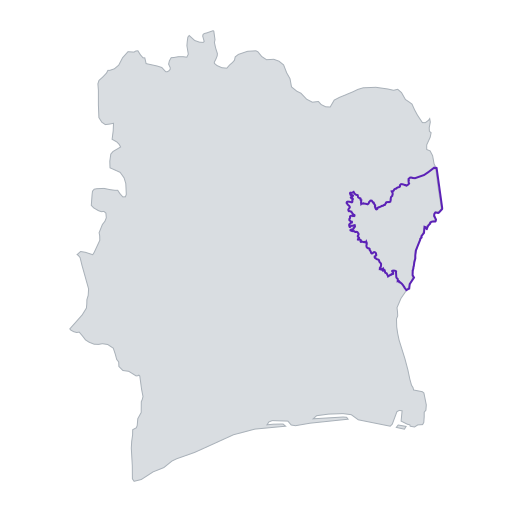 location of Gontougo, Zanzan, Ivory Coast
{"feature_id": "98640826B5040161076408", "entity_name": "Gontougo", "entity_type": "district", "adm_level": 2, "iso_a3": "CIV", "parent_name": "Ivory Coast", "parent_adm1": "Zanzan", "projection": "natural_earth1", "projection_center": [-3.58, 7.921], "detail": "fine", "context": "in_parent", "style": "outline", "palette": "violet", "viewbox_px": 512, "rotation_deg": 0, "n_neighbors": 0, "source": "geoboundaries", "source_scale": "gbopen_adm2", "svg_char_len": 9471}
<svg xmlns="http://www.w3.org/2000/svg" viewBox="0 0 512 512"><path d="M107.9,70.4L109.7,70.4L114.4,68.8L118.7,65.2L122.6,57.7L128.0,51.7L134.0,52.1L135.8,51.0L137.9,50.8L140.4,54.8L143.0,57.8L144.8,57.9L146.1,63.6L157.1,66.0L161.8,67.5L165.7,71.7L167.1,71.8L168.8,70.9L170.1,69.5L170.3,67.9L168.6,64.1L169.4,60.8L171.2,57.7L174.0,57.5L178.3,56.7L183.2,56.7L186.8,57.2L188.3,54.2L186.9,45.7L187.3,41.1L187.9,37.1L189.2,35.5L194.7,40.5L199.6,42.2L203.2,42.4L204.2,41.5L202.7,36.1L203.1,34.4L204.4,33.5L206.8,32.9L213.1,30.7L213.8,31.2L215.0,39.7L214.4,42.5L215.7,48.3L217.4,53.6L217.2,55.8L215.9,59.1L214.3,62.2L214.4,63.4L216.9,65.5L221.8,67.7L226.8,68.2L229.6,65.0L232.5,62.5L234.5,60.2L235.2,56.9L238.4,54.4L247.5,51.3L255.9,50.8L257.9,51.8L261.7,56.5L266.5,59.7L273.8,59.3L279.0,61.2L283.6,64.9L286.7,72.9L290.0,78.7L291.5,86.9L296.8,91.2L300.9,93.2L306.6,99.2L312.4,102.2L318.4,101.5L321.2,104.6L325.7,106.8L330.2,107.0L334.2,100.1L339.4,97.4L352.7,91.9L357.9,89.4L363.2,87.8L375.9,87.3L387.8,89.0L393.6,90.3L397.7,89.3L401.5,92.6L405.4,99.5L408.7,101.7L412.0,104.1L414.4,109.5L417.3,114.9L418.8,117.2L422.4,122.6L425.4,122.6L428.5,120.3L429.7,118.6L430.3,122.1L429.2,127.8L429.4,131.3L431.1,132.7L430.2,137.2L426.7,144.9L426.7,149.5L430.1,150.9L432.6,155.7L434.1,164.0L435.6,166.8L435.7,168.5L438.3,188.5L441.4,208.6L439.4,211.3L436.7,212.0L434.9,213.0L434.4,214.8L435.6,217.6L434.8,220.1L431.5,221.8L424.1,228.2L423.6,230.7L421.6,236.2L420.0,239.5L417.6,245.7L413.8,262.0L412.4,275.4L412.2,279.6L410.7,282.5L409.0,286.7L401.0,298.3L397.0,307.7L397.5,311.8L397.7,315.9L396.5,318.9L396.7,326.9L397.7,333.6L399.1,340.2L404.9,358.7L407.9,370.0L409.8,379.1L411.5,385.2L413.0,387.6L413.6,390.0L422.3,391.7L423.9,393.0L426.3,404.9L425.9,410.2L424.2,412.2L424.2,416.8L423.8,422.4L422.6,424.6L417.8,424.9L414.5,427.0L410.2,426.2L409.8,424.8L407.5,424.3L401.1,421.1L402.1,410.8L399.2,410.4L396.9,411.7L392.3,424.1L390.2,426.2L358.3,419.8L351.3,414.7L343.0,413.6L328.6,414.1L316.6,415.7L313.2,418.8L343.3,417.0L346.6,417.3L348.1,419.2L310.0,423.2L295.5,425.7L291.2,425.0L287.9,421.1L272.2,420.6L268.9,421.9L267.0,424.8L273.2,424.2L283.0,424.0L285.6,426.2L254.9,429.1L233.6,434.7L224.6,438.8L194.9,452.3L176.8,458.7L172.0,461.0L163.8,467.6L153.2,471.8L141.3,479.5L134.1,481.3L132.4,478.8L132.3,465.7L131.3,448.1L131.7,441.3L132.6,435.0L132.7,429.7L136.3,427.8L137.2,425.6L137.8,418.7L141.2,412.5L141.3,401.7L142.3,399.4L143.0,396.5L141.6,389.4L139.8,376.0L138.8,375.1L138.0,375.7L136.1,375.9L128.7,371.3L122.9,370.5L118.9,366.5L118.7,362.0L116.7,359.4L115.3,354.2L113.3,348.2L107.7,344.5L102.4,343.7L98.6,344.4L94.1,344.2L89.1,342.2L85.5,339.9L82.2,335.6L79.2,332.1L76.7,332.5L73.7,331.7L70.8,330.1L69.8,328.9L82.2,314.9L86.4,308.1L86.8,304.0L86.9,299.7L88.2,295.4L88.6,288.9L81.9,265.0L80.1,257.6L78.3,255.4L77.1,254.6L80.6,251.5L85.4,252.3L92.7,254.7L94.2,252.4L99.8,240.3L99.7,235.8L99.1,232.7L102.4,224.5L104.9,221.3L106.3,217.8L105.9,213.1L103.9,211.4L101.4,211.7L98.3,210.6L93.7,207.9L91.3,205.4L92.1,194.5L92.5,191.2L94.2,189.2L96.8,188.7L104.0,188.4L109.8,189.6L114.9,190.3L117.7,190.3L119.9,193.6L122.8,196.9L125.4,196.8L126.3,194.4L125.8,183.6L124.1,177.9L120.2,172.4L110.0,167.8L109.8,161.2L110.8,154.1L113.0,151.5L120.6,147.0L119.3,144.5L116.9,142.0L112.1,139.3L113.2,130.8L113.5,123.3L109.4,124.1L105.3,124.6L101.8,122.2L98.9,117.6L98.4,104.9L98.4,90.3L97.9,83.8L99.0,80.4L102.6,77.2L106.5,73.1L107.9,70.4ZM406.1,426.4L404.4,429.2L396.3,427.4L398.2,425.0L406.1,426.4Z" fill="#d9dde1" stroke="#a8b0b8" stroke-width="1"/><path d="M353.6,191.9L352.1,192.8L351.6,192.9L350.8,192.7L350.3,192.7L350.2,192.8L350.0,193.2L350.4,194.5L350.6,195.0L350.8,195.1L351.6,195.0L352.8,195.3L353.0,195.6L352.6,196.4L352.3,196.8L351.9,196.9L351.2,197.0L350.8,197.4L350.9,197.7L351.3,198.0L351.5,198.4L352.8,198.8L352.9,199.0L352.8,199.4L352.3,200.3L352.4,201.5L352.2,202.1L351.9,202.3L351.5,202.3L349.6,201.8L347.9,201.6L347.0,201.9L346.7,202.4L346.6,202.8L346.6,203.0L347.0,203.4L347.7,204.6L349.3,206.0L349.8,207.0L349.8,207.3L349.5,207.9L348.9,208.6L348.4,209.4L348.3,209.9L348.5,210.7L348.9,211.2L349.8,211.1L351.1,211.7L351.4,211.7L351.5,212.2L352.0,212.7L352.2,212.9L352.6,213.7L353.2,214.2L353.4,214.7L354.3,214.9L354.5,215.1L354.5,215.8L354.2,216.1L353.6,216.0L352.9,216.1L352.7,215.9L352.3,215.8L351.7,215.7L350.7,215.9L350.2,216.2L350.0,216.6L350.1,217.7L349.9,218.3L349.4,218.9L349.3,220.0L349.5,220.3L349.9,220.5L350.8,221.6L351.7,221.7L351.9,221.7L352.0,221.9L352.0,222.2L351.8,222.6L350.8,222.7L350.0,223.8L349.6,224.0L349.4,224.2L349.1,225.0L349.5,226.7L349.7,227.0L350.0,227.0L351.2,225.8L351.6,225.7L352.3,225.8L353.2,225.6L354.4,225.1L354.8,225.2L354.8,225.3L354.8,225.7L355.0,226.3L354.8,226.9L353.6,228.0L353.7,228.5L353.1,229.1L352.4,229.4L351.9,229.4L351.4,229.6L350.8,229.7L350.5,229.9L350.4,230.1L350.5,230.4L352.2,231.1L354.0,231.1L354.4,231.5L355.3,232.0L355.7,232.0L356.0,231.8L356.4,231.8L357.4,232.1L357.8,232.6L358.0,233.1L358.5,233.6L358.6,234.5L358.4,235.0L357.9,235.5L357.8,236.5L358.0,236.8L358.9,237.5L359.0,237.7L358.7,238.3L357.9,239.2L357.9,239.6L358.2,239.7L358.4,239.7L359.1,239.4L359.6,239.4L360.7,240.0L360.9,240.3L360.7,240.7L360.5,240.9L360.5,241.2L360.8,241.9L361.5,241.9L362.1,241.7L362.5,241.7L363.5,242.1L364.6,241.9L364.8,242.0L365.1,242.4L365.6,242.4L365.9,242.3L366.2,241.7L366.3,242.0L366.5,242.2L366.8,243.2L366.6,243.8L366.7,244.5L366.4,245.2L366.5,246.4L366.6,247.0L367.0,247.6L367.7,248.0L368.1,248.3L368.8,248.3L369.1,248.4L369.6,248.8L369.7,249.2L369.6,249.9L370.7,251.4L370.9,252.1L371.0,252.7L371.3,253.1L371.8,253.5L372.3,253.4L372.7,253.2L373.3,252.5L373.8,252.2L374.1,252.1L374.7,252.1L375.7,252.9L376.0,253.4L376.0,254.1L376.3,255.0L375.7,255.8L375.1,256.3L374.7,256.4L374.6,257.0L374.7,257.4L375.1,258.0L375.3,258.0L375.7,258.2L376.2,258.8L376.5,259.0L377.4,259.4L378.3,259.6L378.7,259.8L379.1,260.5L379.2,261.2L379.4,261.7L379.7,262.2L380.3,262.7L381.0,263.7L381.1,264.8L380.9,266.4L380.8,266.8L380.4,267.1L379.8,268.1L380.0,268.7L379.9,269.1L380.2,269.1L380.8,269.0L381.0,269.2L381.1,269.5L381.4,269.5L382.0,269.8L382.1,269.7L381.9,269.5L381.9,269.1L382.1,268.9L382.2,269.0L382.3,269.4L382.5,269.8L382.7,269.3L382.9,269.1L382.9,269.9L383.1,269.9L383.4,269.8L383.4,269.6L383.2,269.2L383.3,269.1L383.6,269.3L383.7,269.5L383.6,269.9L383.7,270.2L383.9,270.3L384.2,269.9L384.6,270.2L384.4,270.8L384.6,270.8L384.9,271.1L385.0,271.5L385.1,272.5L385.5,272.8L385.8,272.9L386.0,273.1L386.7,273.4L387.6,275.3L388.0,276.0L388.1,276.4L389.6,275.4L390.1,275.2L390.3,274.8L390.8,274.6L391.4,274.7L391.8,274.1L392.0,274.2L392.8,274.0L393.1,273.9L393.1,273.7L393.2,273.4L393.2,272.9L393.1,272.5L392.9,272.1L392.2,271.4L392.1,271.0L392.2,270.9L393.0,270.6L393.9,270.6L394.7,270.7L395.7,271.0L396.1,271.4L396.0,272.1L396.0,272.3L396.3,277.1L396.5,277.7L396.9,278.2L397.5,278.8L397.8,279.1L397.8,279.6L397.7,281.1L398.2,280.9L398.9,281.0L399.1,281.4L398.9,281.7L399.4,282.3L400.0,282.2L401.8,283.7L403.1,285.3L403.7,286.3L404.2,286.8L404.3,287.4L406.4,290.1L408.1,289.1L409.2,288.6L409.7,284.1L414.0,277.6L412.6,275.2L412.7,270.4L412.9,270.2L413.4,268.2L413.5,266.9L413.8,266.1L414.3,262.3L415.3,258.5L415.3,255.1L415.8,250.6L420.2,239.7L420.3,238.7L421.6,237.5L421.4,236.2L424.0,232.9L424.5,226.8L425.6,227.2L426.5,228.9L426.7,229.1L426.8,229.1L427.3,227.7L427.8,226.4L428.4,225.5L429.2,224.6L429.4,224.3L429.6,224.2L430.2,223.6L430.1,223.2L430.2,222.7L430.5,222.3L432.1,221.6L435.3,221.5L435.6,221.2L436.0,219.7L435.9,219.3L434.3,216.4L434.1,216.0L434.3,214.0L435.1,212.8L435.4,212.4L437.6,212.9L438.2,213.0L438.9,212.6L442.1,209.1L442.2,208.5L442.1,207.4L436.6,168.0L436.2,167.8L434.8,168.2L434.1,168.0L434.0,167.8L428.5,172.0L424.1,175.0L415.0,178.2L414.6,178.1L413.9,178.1L412.7,178.0L411.8,177.6L411.3,177.7L410.9,177.5L410.1,177.6L409.1,178.6L408.7,178.7L408.6,178.8L408.5,180.0L408.8,180.4L408.5,181.0L408.7,182.4L408.8,182.9L409.1,183.5L408.4,184.4L406.6,185.6L406.3,185.7L406.1,185.5L405.9,185.2L405.6,185.0L404.8,185.1L403.9,184.6L403.2,184.5L402.8,184.3L401.1,184.1L400.1,185.0L399.9,185.3L400.0,186.3L399.6,186.9L399.2,187.1L398.1,187.3L396.8,187.9L396.4,188.5L396.1,188.7L395.5,188.7L394.7,189.1L394.2,189.5L394.1,189.8L393.9,190.1L393.5,190.8L392.7,191.3L392.2,191.2L391.7,191.3L392.0,192.0L392.5,192.5L392.6,192.9L392.6,193.6L392.7,194.1L392.4,195.0L392.3,195.8L391.2,196.9L391.0,197.2L390.6,199.3L390.8,199.7L390.7,200.1L390.3,201.7L389.2,202.1L388.6,202.1L388.3,202.0L386.5,202.2L386.2,202.4L386.1,202.8L385.9,202.8L385.8,203.0L385.6,203.6L385.4,203.8L385.0,204.7L384.8,205.0L384.5,205.0L384.1,204.9L383.9,205.0L383.2,205.7L382.7,205.7L382.4,205.9L382.0,205.8L381.7,205.9L381.4,206.2L379.6,207.1L379.0,207.1L378.7,207.4L378.4,207.5L377.8,207.7L377.3,208.0L377.4,208.5L377.3,208.9L376.6,209.4L376.2,209.3L376.0,209.2L375.2,207.6L375.1,207.3L375.2,206.8L374.9,206.3L375.2,205.3L374.9,204.9L374.6,204.6L374.4,204.1L374.1,203.9L374.0,203.3L373.8,202.8L373.6,202.5L373.0,202.5L372.9,202.1L372.3,201.6L371.8,200.7L370.9,200.5L370.3,200.7L369.8,201.4L368.9,202.3L368.8,203.1L368.6,203.5L368.4,203.6L367.8,204.2L367.6,204.3L367.2,204.1L366.3,204.0L366.0,203.8L364.2,203.6L363.4,203.3L363.1,203.7L362.9,203.7L361.5,203.7L361.2,204.0L361.0,202.8L361.2,202.1L361.1,201.3L361.3,200.2L360.6,200.0L360.5,199.8L360.6,198.7L360.5,198.4L360.4,198.3L359.6,198.2L358.4,197.5L358.0,197.0L357.8,195.6L357.6,195.1L356.3,194.9L355.1,194.1L354.4,193.4L354.1,192.6L353.8,192.3L353.6,191.9Z" fill="none" stroke="#5b21b6" stroke-width="2"/></svg>